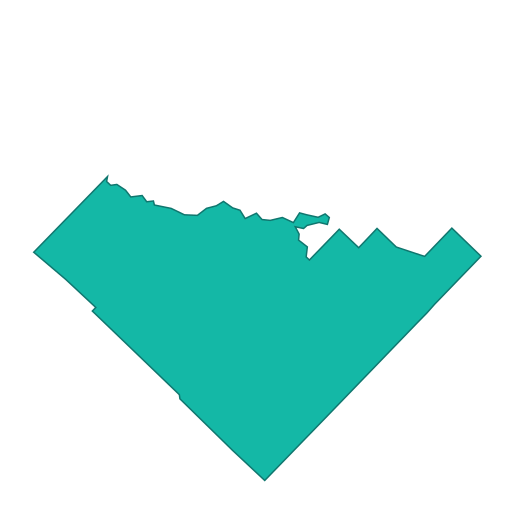 Osceola, Florida, United States of America (Robinson projection), rotated 134°
{"feature_id": "52423323B49272784755567", "entity_name": "Osceola", "entity_type": "district", "adm_level": 2, "iso_a3": "USA", "parent_name": "United States of America", "parent_adm1": "Florida", "projection": "robinson", "projection_center": [-81.287, 27.995], "detail": "fine", "context": "isolated", "style": "filled", "palette": "teal", "viewbox_px": 512, "rotation_deg": 134, "n_neighbors": 0, "source": "geoboundaries", "source_scale": "gbopen_adm2", "svg_char_len": 939}
<svg xmlns="http://www.w3.org/2000/svg" viewBox="0 0 512 512"><g transform="rotate(134 256 256)"><path d="M411.4,93.8L320.5,93.6L236.3,93.6L232.3,93.6L193.1,93.6L178.2,93.5L166.5,94.0L99.9,94.0L99.9,132.0L99.9,134.5L139.1,134.4L141.5,139.2L152.1,161.3L152.1,188.1L173.3,187.9L173.5,187.9L178.7,187.9L178.9,214.7L221.8,214.8L221.8,219.3L213.8,225.4L215.0,236.4L210.3,240.2L207.7,248.1L203.2,240.9L198.5,240.5L188.0,233.9L183.7,226.6L177.4,230.0L177.7,235.5L185.0,238.2L191.1,248.1L194.7,254.6L206.0,252.3L210.0,263.8L220.5,270.5L225.6,277.0L224.9,285.4L236.6,289.8L234.2,299.3L237.6,306.2L239.3,317.3L247.4,319.4L256.1,324.7L267.5,326.4L276.1,336.1L280.7,350.1L289.9,364.5L287.7,368.0L292.9,372.3L291.6,379.9L300.5,387.1L299.3,395.6L301.2,405.8L306.1,409.6L306.2,415.2L302.0,418.0L407.7,418.5L405.0,376.4L404.3,335.5L409.3,335.5L409.0,214.8L411.6,211.5L412.1,137.7L411.4,93.8Z" fill="#14b8a6" stroke="#0f766e" stroke-width="1.5"/></g></svg>